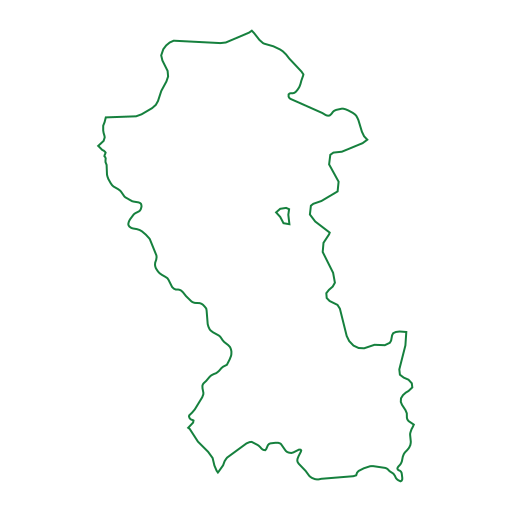 an SVG outline of Potenza
{"feature_id": "ITA-5390", "entity_name": "Potenza", "entity_type": "Province", "adm_level": 1, "iso_a3": "ITA", "parent_name": "Italy", "parent_adm1": "", "projection": "robinson", "projection_center": [15.898, 40.519], "detail": "fine", "context": "isolated", "style": "outline", "palette": "green", "viewbox_px": 512, "rotation_deg": 0, "n_neighbors": 0, "source": "natural_earth", "source_scale": "10m", "svg_char_len": 4777}
<svg xmlns="http://www.w3.org/2000/svg" viewBox="0 0 512 512"><path d="M217.9,472.5L216.6,470.7L214.4,465.5L212.6,458.0L208.1,451.8L197.9,441.6L189.7,428.9L188.2,427.8L193.1,422.6L193.5,420.5L192.6,420.0L191.5,419.7L190.6,419.2L189.7,418.3L189.0,416.6L189.2,415.4L192.1,412.6L194.8,409.4L202.2,397.3L203.3,394.4L203.4,392.9L202.5,388.3L202.4,385.8L202.9,384.3L203.7,383.2L206.2,380.9L209.3,377.2L210.5,376.0L211.4,375.3L213.7,374.1L216.1,373.2L217.5,372.2L219.1,370.8L221.4,368.1L223.1,366.7L226.9,364.8L229.7,359.3L231.0,356.0L231.3,354.7L231.4,353.1L231.4,351.4L231.0,349.5L230.5,348.1L229.9,346.9L228.2,345.1L224.2,342.0L223.4,341.1L222.6,340.2L220.6,337.2L219.8,336.3L218.8,335.5L213.0,332.3L210.9,330.7L210.0,329.8L209.4,328.8L208.4,326.6L207.7,324.1L206.6,310.5L206.2,308.5L204.7,306.6L203.0,304.8L202.0,304.1L200.8,303.5L199.5,303.1L194.9,302.9L193.5,302.5L192.3,302.0L191.2,301.2L186.0,296.1L183.0,292.3L181.2,290.6L180.0,290.0L178.7,289.6L177.1,289.5L175.7,289.5L173.9,288.7L172.1,287.0L168.5,279.8L167.4,278.2L165.3,276.8L161.8,274.8L159.7,273.3L158.6,272.2L157.5,270.8L155.9,268.3L155.3,266.6L155.0,264.9L155.1,263.6L155.2,262.6L156.2,259.7L156.6,257.1L156.4,255.4L149.8,239.1L149.1,238.2L145.8,234.6L141.9,231.3L139.6,230.0L136.8,229.1L133.2,228.5L131.4,228.0L129.4,226.6L128.6,225.4L128.3,224.2L128.4,223.4L128.7,222.2L129.1,221.1L130.0,219.4L133.5,214.7L134.4,213.8L135.5,213.1L138.9,211.4L140.0,210.5L140.8,209.1L141.5,206.7L141.4,205.1L140.9,203.7L140.0,203.0L138.6,202.4L133.7,201.6L132.1,201.2L125.3,197.3L124.4,196.5L121.0,191.6L120.2,190.7L118.2,189.2L113.5,186.5L112.1,185.2L110.7,183.2L108.4,179.1L107.5,176.7L107.0,174.7L106.6,164.9L105.5,162.1L105.5,160.0L105.7,158.5L105.3,157.3L104.4,156.2L104.6,155.1L105.1,154.1L105.6,152.6L105.0,151.8L103.7,150.6L102.3,150.0L98.2,145.9L103.6,140.9L104.7,137.4L104.5,136.0L103.6,132.9L103.2,130.5L103.2,125.7L104.6,122.1L105.8,117.4L136.1,116.3L141.6,114.3L152.0,108.2L155.8,104.9L158.0,101.0L161.3,90.9L166.4,81.5L168.1,76.5L167.6,70.9L162.4,60.5L161.2,55.4L163.3,49.2L166.2,45.4L169.7,42.5L173.7,40.7L220.4,43.1L225.8,42.5L249.1,32.6L251.8,30.7L254.0,33.0L259.4,39.9L263.0,43.1L264.3,43.7L273.4,46.3L280.1,49.5L282.8,51.3L286.1,54.5L289.2,58.5L301.5,71.6L303.4,74.4L303.1,75.7L301.4,80.5L300.5,83.9L299.5,86.6L298.9,87.7L297.5,89.8L295.9,91.7L295.0,92.4L294.2,92.9L293.4,93.1L292.3,93.3L291.0,93.2L289.6,93.5L288.6,94.4L288.6,96.6L289.2,97.8L290.3,98.8L322.3,113.0L325.6,115.0L326.9,115.5L328.3,115.7L329.6,115.5L330.6,114.7L331.5,113.8L333.0,111.8L333.9,111.0L335.0,110.4L336.2,109.9L341.7,108.7L343.2,108.7L345.6,109.3L348.2,110.4L352.7,112.8L354.8,114.3L356.2,115.7L357.4,117.9L358.4,120.1L361.9,131.7L364.1,136.3L367.3,139.7L362.7,143.1L341.9,151.7L333.4,152.6L330.3,154.8L329.1,164.4L338.6,181.7L337.6,191.4L321.4,201.0L313.3,203.8L310.9,205.7L309.9,214.5L315.2,221.5L329.7,232.6L329.1,234.3L323.5,242.8L322.7,252.0L333.1,272.8L334.9,282.7L332.7,286.6L329.0,289.8L326.3,293.2L326.7,298.0L329.6,301.0L337.5,304.9L339.9,308.7L346.7,336.0L349.2,341.1L353.5,345.6L358.6,348.0L364.1,348.3L374.5,344.8L384.8,345.2L389.8,342.8L391.1,340.6L392.1,335.3L393.2,333.2L395.8,332.0L399.6,331.5L406.3,332.0L405.4,345.4L399.3,369.4L399.9,374.7L403.7,377.6L408.5,379.7L411.8,383.3L412.3,387.4L408.5,391.0L405.8,392.6L403.0,395.1L401.0,398.3L400.8,401.9L402.0,404.8L405.5,410.2L406.8,413.3L406.9,417.8L407.4,419.5L408.6,421.1L413.8,424.6L412.9,426.7L411.5,429.3L410.6,431.9L410.2,433.3L410.1,434.7L410.8,441.7L410.7,443.1L410.4,444.6L410.4,444.9L409.3,447.3L408.6,448.4L407.0,450.3L405.3,452.0L404.5,453.0L403.8,454.1L402.8,456.7L401.9,461.2L401.4,462.5L400.8,463.7L400.1,464.7L398.4,466.5L397.7,467.5L397.4,468.6L397.8,469.6L398.8,470.3L400.0,470.8L400.9,471.6L401.5,472.6L401.8,474.0L402.3,478.1L402.2,479.6L401.5,480.8L400.5,481.3L398.2,480.2L396.9,479.2L395.9,478.0L394.9,475.8L394.2,474.8L393.5,473.8L392.4,473.0L390.2,471.6L389.3,470.9L387.6,469.1L386.5,468.4L385.1,467.9L373.0,466.1L370.2,466.2L363.8,468.3L358.7,470.9L357.8,471.8L357.0,472.8L356.2,475.3L353.4,476.2L321.3,478.8L318.6,479.4L316.9,479.4L314.9,479.1L311.9,477.9L310.3,476.8L309.2,475.8L305.6,470.9L298.8,463.8L298.1,462.8L297.5,461.7L297.3,460.4L297.5,458.9L298.5,456.3L300.9,451.6L301.2,450.4L300.6,449.7L299.0,449.6L293.4,452.4L291.3,453.0L288.8,452.6L287.2,452.0L286.0,451.1L285.2,450.1L281.3,444.5L280.8,443.9L279.8,443.3L278.1,442.8L275.3,442.8L270.3,443.4L269.0,444.0L267.9,445.2L266.2,449.1L265.2,450.2L263.4,449.9L262.2,449.2L261.2,448.3L260.5,447.4L258.7,445.7L257.5,444.9L251.7,441.9L249.6,442.1L246.5,443.4L227.1,457.6L226.1,458.9L224.6,461.2L223.1,465.3L218.7,471.5L217.9,472.5ZM289.4,224.2L288.3,214.7L289.1,209.2L286.1,207.9L280.2,208.8L276.1,212.4L280.2,216.9L283.5,223.2L289.4,224.2Z" fill="none" stroke="#15803d" stroke-width="2"/></svg>